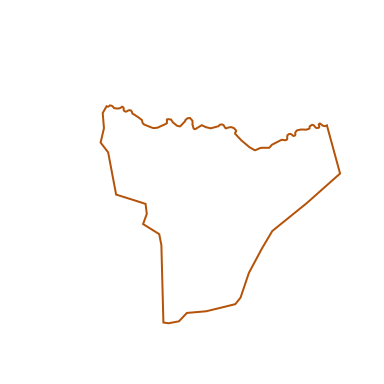 Allendale, South Carolina, United States of America (Robinson projection), rotated 121°
{"feature_id": "52423323B67769542433711", "entity_name": "Allendale", "entity_type": "district", "adm_level": 2, "iso_a3": "USA", "parent_name": "United States of America", "parent_adm1": "South Carolina", "projection": "robinson", "projection_center": [-81.466, 32.951], "detail": "fine", "context": "isolated", "style": "outline", "palette": "amber", "viewbox_px": 384, "rotation_deg": 121, "n_neighbors": 0, "source": "geoboundaries", "source_scale": "gbopen_adm2", "svg_char_len": 2153}
<svg xmlns="http://www.w3.org/2000/svg" viewBox="0 0 384 384"><g transform="rotate(121 192 192)"><path d="M265.8,97.1L257.5,96.0L231.9,101.6L203.6,103.0L197.0,103.0L184.1,103.1L142.1,87.8L99.9,74.6L65.4,110.7L66.1,111.1L67.1,111.9L67.7,113.5L67.7,115.2L67.5,116.3L67.4,117.4L67.5,117.8L67.9,118.0L68.9,118.1L70.5,116.5L71.4,116.4L72.1,116.8L73.1,118.5L73.0,119.5L72.5,120.8L72.1,121.8L72.2,122.8L72.6,123.7L74.8,124.8L75.7,124.8L76.6,124.1L77.7,124.3L79.9,126.4L81.2,128.9L82.5,131.0L85.1,133.7L87.0,134.1L88.0,134.0L89.0,133.4L89.7,132.9L90.0,132.9L90.6,132.9L91.0,133.1L91.6,133.7L91.7,134.4L91.6,135.1L91.4,136.6L91.6,137.6L92.0,138.3L92.7,138.9L94.3,139.4L95.1,139.1L97.5,137.7L98.7,137.8L99.6,138.8L99.8,139.0L100.7,141.4L101.3,142.2L110.4,147.9L113.5,148.3L114.4,148.7L118.8,155.9L123.5,159.2L123.9,159.9L124.0,165.7L123.8,167.0L122.3,176.4L120.0,184.4L119.9,185.0L119.1,185.5L118.2,185.5L117.3,185.4L116.7,185.8L116.4,186.4L116.2,187.0L116.1,187.6L115.8,188.1L115.7,188.8L115.8,189.6L115.9,190.6L116.4,192.2L117.9,193.9L120.0,195.7L120.0,196.4L118.5,199.3L118.6,201.1L119.9,202.7L122.1,203.3L127.8,208.8L129.3,213.6L129.7,218.0L134.5,220.6L136.0,221.3L136.9,222.4L136.6,223.5L133.7,226.6L133.3,226.6L130.7,228.3L129.6,231.9L131.2,233.9L133.9,234.7L135.0,234.4L141.7,235.9L142.2,236.5L142.9,239.0L142.2,244.1L140.7,247.2L141.7,249.7L142.4,250.7L143.0,250.8L143.9,250.1L146.0,249.0L146.6,249.2L147.1,249.5L154.8,254.8L157.1,258.0L157.6,260.2L158.8,267.6L158.6,269.1L158.0,270.2L156.1,272.0L155.6,276.9L155.4,281.2L155.5,283.4L154.1,285.0L153.6,286.2L153.9,287.5L154.8,288.5L155.9,289.2L156.9,289.7L157.3,290.4L157.4,291.1L157.3,291.6L157.3,292.3L156.6,293.1L155.6,293.5L155.2,293.9L155.0,294.3L154.8,294.8L154.8,295.5L154.9,295.9L155.5,296.1L156.7,296.6L157.8,297.5L159.0,299.1L159.6,300.5L160.2,301.9L159.6,303.7L159.4,305.0L159.7,306.1L160.1,307.0L161.3,307.4L162.0,307.8L162.4,308.6L162.5,309.4L170.3,309.2L182.7,300.3L196.7,295.8L201.2,284.3L233.3,255.7L226.1,225.7L234.0,219.5L244.7,217.4L245.0,198.4L253.3,190.9L318.6,149.3L316.6,144.5L309.6,136.6L298.3,134.1L287.0,118.5L265.8,97.1Z" fill="none" stroke="#b45309" stroke-width="2"/></g></svg>